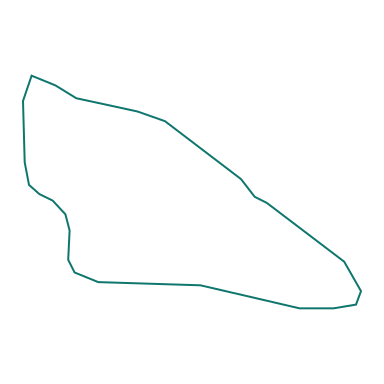 SVG path tracing the border of Moûhîlî
{"feature_id": "COM-4934", "entity_name": "Moûhîlî", "entity_type": "state/province", "adm_level": 1, "iso_a3": "COM", "parent_name": "Comoros", "parent_adm1": "", "projection": "natural_earth1", "projection_center": [43.722, -12.305], "detail": "fine", "context": "isolated", "style": "outline", "palette": "teal", "viewbox_px": 384, "rotation_deg": 0, "n_neighbors": 0, "source": "natural_earth", "source_scale": "10m", "svg_char_len": 411}
<svg xmlns="http://www.w3.org/2000/svg" viewBox="0 0 384 384"><path d="M254.7,196.8L266.8,202.9L344.2,261.7L361.0,291.1L356.0,304.6L333.8,308.3L299.4,308.3L200.4,285.3L98.2,282.1L74.6,272.5L68.2,259.8L69.6,230.4L65.4,214.3L52.7,200.6L39.4,194.1L29.0,184.9L24.7,162.3L23.0,101.0L31.6,75.7L55.4,85.4L76.2,98.2L137.5,111.5L165.0,121.2L241.0,179.1L254.7,196.8Z" fill="none" stroke="#0f766e" stroke-width="2"/></svg>